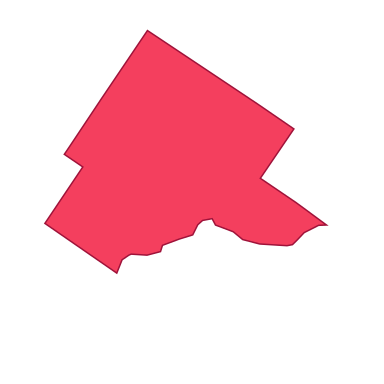 Tazewell, Illinois, United States of America (Albers equal-area conic projection), rotated 215°
{"feature_id": "52423323B60966771956899", "entity_name": "Tazewell", "entity_type": "district", "adm_level": 2, "iso_a3": "USA", "parent_name": "United States of America", "parent_adm1": "Illinois", "projection": "albers", "projection_center": [-89.62, 40.534], "detail": "fine", "context": "isolated", "style": "filled", "palette": "rose", "viewbox_px": 384, "rotation_deg": 215, "n_neighbors": 0, "source": "geoboundaries", "source_scale": "gbopen_adm2", "svg_char_len": 570}
<svg xmlns="http://www.w3.org/2000/svg" viewBox="0 0 384 384"><g transform="rotate(215 192 192)"><path d="M321.1,298.7L319.7,216.5L318.4,160.7L318.2,149.6L295.8,149.9L294.5,81.9L207.1,82.4L210.4,96.4L207.7,103.5L207.5,104.0L206.2,106.2L192.6,114.5L183.6,125.1L185.6,131.4L175.4,146.2L166.8,157.3L168.5,168.5L167.0,174.8L160.2,181.7L153.8,178.4L135.4,183.1L123.2,182.1L106.8,188.2L83.4,202.5L79.5,206.5L78.3,213.1L76.8,223.1L69.2,237.3L62.9,242.1L100.5,243.0L143.9,242.4L144.7,302.1L188.5,301.7L321.1,298.7Z" fill="#f43f5e" stroke="#9f1239" stroke-width="1.5"/></g></svg>